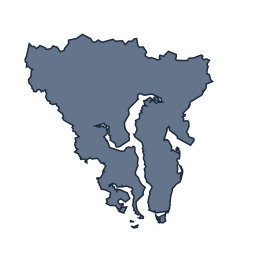 SVG path tracing the border of Yamal-Nenets, rotated 171°
{"feature_id": "RUS-2382", "entity_name": "Yamal-Nenets", "entity_type": "Autonomous Province", "adm_level": 1, "iso_a3": "RUS", "parent_name": "Russia", "parent_adm1": "", "projection": "albers", "projection_center": [74.427, 67.879], "detail": "fine", "context": "isolated", "style": "filled", "palette": "slate", "viewbox_px": 256, "rotation_deg": 171, "n_neighbors": 0, "source": "natural_earth", "source_scale": "10m", "svg_char_len": 5822}
<svg xmlns="http://www.w3.org/2000/svg" viewBox="0 0 256 256"><g transform="rotate(171 128 128)"><path d="M68.9,101.2L80.9,110.4L80.5,111.4L81.3,113.1L86.9,118.9L87.5,120.6L86.9,122.2L87.4,123.2L90.1,121.1L89.6,120.1L94.0,111.3L93.0,110.8L94.8,109.9L91.3,110.4L90.0,109.0L87.8,102.8L88.7,98.7L86.9,99.2L82.3,95.2L81.1,96.2L81.5,98.1L80.6,97.1L80.9,93.9L82.1,89.5L83.6,90.2L85.0,88.2L83.9,85.9L85.3,82.6L85.2,80.6L86.4,76.5L85.4,74.9L82.6,75.8L82.4,73.8L84.5,70.4L83.2,71.7L82.9,70.6L85.1,66.6L89.2,64.9L94.0,60.7L93.9,59.9L96.3,54.4L98.5,46.5L98.3,45.6L99.5,43.4L99.2,42.7L101.6,38.3L103.9,38.3L102.7,39.7L113.2,39.7L115.5,41.3L114.5,41.6L114.8,41.9L116.1,41.3L119.8,43.6L119.2,43.7L119.7,44.6L119.2,45.6L119.8,47.0L119.5,49.0L119.9,51.4L117.7,57.8L116.7,58.8L116.6,61.6L113.4,65.6L115.0,69.0L118.0,72.0L117.9,74.2L119.0,76.9L118.0,81.3L118.4,84.8L116.3,87.2L117.4,89.5L116.5,91.6L117.6,95.4L116.3,98.8L117.1,102.5L116.1,103.0L117.1,105.2L115.9,107.2L116.4,111.5L122.5,118.1L123.2,120.4L122.5,119.9L119.5,124.7L119.3,126.9L120.1,129.4L120.0,131.3L119.2,131.9L119.4,134.2L115.7,135.3L114.4,138.0L114.8,139.3L114.4,140.6L111.9,140.9L113.0,143.6L112.4,142.7L110.8,144.0L111.3,145.4L109.5,147.8L106.4,147.0L107.8,148.4L108.1,152.4L105.2,152.3L105.6,152.9L101.6,154.7L98.9,152.3L101.8,151.0L102.1,150.2L99.1,151.5L96.4,147.9L94.2,149.2L92.8,148.3L89.8,148.4L90.7,149.2L90.5,152.0L99.1,157.8L106.8,157.8L110.7,160.2L113.0,159.3L113.9,155.3L113.3,155.0L123.9,147.3L124.8,145.3L124.7,141.4L130.6,134.0L131.1,129.7L130.4,125.9L127.7,121.7L128.6,119.5L128.3,117.5L128.7,115.7L139.2,110.9L142.4,111.0L143.1,112.9L142.9,114.6L147.4,118.8L147.0,120.0L147.4,121.3L146.5,123.0L147.9,124.0L147.0,128.5L147.8,129.8L146.4,131.3L146.7,132.4L150.6,135.0L150.8,136.3L160.1,135.2L158.3,134.4L158.7,133.8L156.7,134.9L156.0,134.4L156.9,133.8L155.7,133.1L155.5,134.3L151.9,133.7L152.4,132.9L151.1,132.1L149.2,132.6L149.0,129.8L149.7,129.1L148.9,128.3L149.2,125.8L153.3,123.0L151.7,120.8L151.4,118.6L150.5,118.8L149.2,111.7L138.7,106.2L135.3,105.8L132.7,108.7L130.6,109.1L127.6,108.0L125.4,109.1L124.2,107.8L125.0,103.0L122.7,97.1L124.3,91.1L124.0,89.6L127.7,83.2L127.7,80.5L125.4,77.1L125.3,75.0L123.3,69.9L120.3,66.7L123.1,62.5L123.3,59.7L131.5,54.0L132.1,50.3L131.8,45.8L130.1,41.9L131.6,40.6L134.2,42.8L133.3,44.2L135.2,45.9L134.5,47.5L135.6,50.9L134.4,53.7L134.0,56.7L133.0,57.5L132.9,60.5L134.4,62.5L133.9,63.4L134.7,64.7L133.0,66.3L133.2,67.9L138.1,70.7L142.7,70.8L142.9,72.9L143.3,70.9L147.9,71.4L149.0,74.4L151.8,75.7L155.5,74.6L155.7,73.1L152.0,75.3L152.3,72.1L150.6,71.9L150.6,69.2L148.6,69.3L148.8,67.2L147.3,69.0L145.7,68.1L146.1,68.7L138.9,64.1L137.2,58.1L142.0,55.3L146.1,59.1L149.0,58.1L149.5,56.2L148.1,54.0L144.7,54.1L145.1,52.1L146.2,52.6L148.5,49.0L150.6,48.9L150.3,49.5L151.6,51.1L151.4,52.0L153.2,53.5L157.6,54.2L161.4,56.9L159.8,58.1L160.4,59.0L160.5,61.1L156.4,62.4L156.5,64.5L155.4,66.0L156.0,67.7L160.5,70.7L164.0,71.7L164.5,75.3L165.3,76.2L164.9,77.7L166.0,78.8L165.4,81.7L166.7,82.7L166.5,83.5L163.0,83.1L160.4,86.2L159.4,89.3L158.3,88.7L158.6,90.5L155.9,93.8L157.6,96.2L156.9,96.9L160.0,97.5L162.8,102.8L168.4,103.0L170.0,104.6L173.7,103.1L174.1,99.9L175.8,101.4L175.0,103.3L175.6,104.2L179.6,104.4L179.9,105.4L179.0,106.5L180.2,107.5L181.0,110.3L184.5,112.7L181.0,114.8L182.6,116.2L183.2,119.6L182.4,122.1L181.5,122.1L181.8,126.2L177.6,127.1L180.5,130.4L180.3,131.7L180.8,132.5L182.9,133.6L182.2,135.7L183.2,137.2L181.7,139.0L190.0,145.7L191.3,148.1L190.0,149.4L190.4,152.1L194.3,156.4L192.8,159.0L194.9,161.5L195.1,163.1L198.9,163.0L201.3,164.6L200.7,166.3L203.2,167.6L204.4,171.3L203.0,175.1L203.8,176.8L203.3,178.5L208.0,177.3L208.5,179.2L210.4,180.2L213.1,178.2L215.4,178.8L215.6,181.1L216.6,182.0L216.5,184.4L218.6,187.6L218.7,191.3L215.8,194.1L214.6,199.5L213.0,201.0L215.3,201.9L216.8,204.7L218.8,204.1L217.8,208.1L219.0,209.3L218.9,211.9L217.0,214.7L212.3,226.8L210.1,223.5L208.3,223.5L205.9,220.8L202.0,223.2L197.2,220.1L196.9,218.6L192.0,218.3L189.1,220.8L185.2,218.8L182.8,213.8L178.6,214.8L178.4,216.3L173.6,220.5L173.1,224.0L164.6,224.5L158.4,227.6L150.9,222.1L149.7,218.8L146.9,217.8L143.7,219.5L140.1,216.7L129.0,218.0L126.9,215.7L119.8,215.0L117.7,210.8L114.0,213.6L110.0,213.1L108.6,214.8L105.5,215.0L105.3,207.7L104.1,206.1L100.4,205.7L98.4,201.6L97.8,199.8L99.7,197.9L99.7,196.5L96.3,193.6L93.9,193.9L88.1,190.7L85.2,191.0L86.0,193.0L85.0,194.9L81.6,193.2L76.2,197.4L68.9,193.1L69.0,191.3L70.4,188.5L68.6,187.0L58.8,185.4L56.8,187.4L52.4,186.9L44.2,188.6L42.9,187.3L43.8,186.6L43.7,185.0L42.2,183.6L39.5,183.9L37.0,182.1L39.6,179.2L40.0,177.4L39.2,176.3L40.6,173.6L41.6,169.4L39.3,167.9L38.8,162.7L37.2,160.7L43.8,159.1L44.5,155.6L46.8,152.8L48.2,153.2L48.1,151.6L49.8,149.1L62.9,143.7L63.1,141.0L64.1,140.6L64.1,139.3L71.3,134.1L71.0,132.4L69.4,132.4L70.0,130.9L72.5,130.5L71.5,128.4L72.2,126.2L67.9,125.7L67.1,123.9L67.6,119.9L70.9,114.6L69.6,112.4L69.4,109.8L64.6,107.3L64.9,105.1L68.9,101.2ZM114.0,34.1L114.2,37.6L112.4,34.9L104.4,37.0L105.7,33.5L105.3,30.5L108.1,28.9L111.9,29.8L111.3,30.0L111.1,32.4L110.5,33.3L112.0,33.6L112.9,31.8L114.0,34.1ZM145.5,44.7L149.9,47.0L146.7,50.5L141.6,50.3L145.5,44.7ZM97.7,153.7L95.7,154.9L93.5,152.7L92.9,149.5L90.9,148.8L97.3,150.9L97.0,152.4L97.7,153.7ZM127.2,36.5L130.6,36.8L131.2,37.4L129.8,37.1L129.6,41.1L126.6,38.0L127.2,36.5ZM136.8,28.4L136.0,30.0L133.9,30.4L134.1,29.5L132.9,31.2L134.5,28.5L136.8,28.4ZM83.9,97.7L83.2,100.1L81.8,99.2L83.1,97.7L83.9,97.7ZM140.2,35.0L139.9,36.0L137.3,34.7L137.5,34.5L140.2,35.0ZM81.4,79.8L80.6,78.1L81.2,75.1L81.4,75.8L81.4,79.8ZM112.0,30.6L112.4,32.2L111.3,32.8L112.0,30.6ZM137.7,28.4L140.4,30.6L136.8,29.0L137.7,28.4ZM81.2,99.8L83.5,100.1L82.3,101.3L81.2,99.8ZM82.6,71.6L81.7,74.7L81.3,74.6L82.6,71.6ZM82.0,80.0L82.8,82.9L82.3,82.4L81.4,81.1L82.0,80.0Z" fill="#64748b" stroke="#1e293b" stroke-width="1.5"/></g></svg>